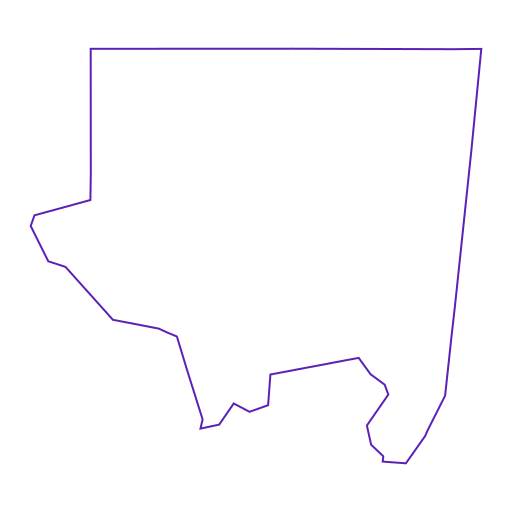 outline of Chesapeake, Virginia, United States of America, rotated 180°
{"feature_id": "52423323B47128133018764", "entity_name": "Chesapeake", "entity_type": "district", "adm_level": 2, "iso_a3": "USA", "parent_name": "United States of America", "parent_adm1": "Virginia", "projection": "natural_earth1", "projection_center": [-76.309, 36.708], "detail": "fine", "context": "isolated", "style": "outline", "palette": "violet", "viewbox_px": 512, "rotation_deg": 180, "n_neighbors": 0, "source": "geoboundaries", "source_scale": "gbopen_adm2", "svg_char_len": 650}
<svg xmlns="http://www.w3.org/2000/svg" viewBox="0 0 512 512"><g transform="rotate(180 256 256)"><path d="M30.7,463.1L58.5,462.8L152.2,463.1L219.3,463.3L421.3,463.2L421.2,338.4L421.6,312.0L477.5,296.7L481.3,286.0L463.7,250.7L446.5,245.1L444.8,243.2L399.1,192.2L353.3,183.4L344.1,179.2L335.1,175.5L325.4,143.5L309.4,92.6L311.5,83.4L292.8,87.4L278.3,108.5L262.5,100.2L243.9,106.8L241.6,137.5L165.8,151.8L153.3,154.1L141.4,137.7L127.3,127.3L123.7,117.4L145.1,86.5L140.9,67.3L128.7,55.7L129.3,50.4L106.1,48.7L86.9,75.9L84.6,81.2L68.3,113.5L66.9,116.3L60.6,174.6L57.0,206.4L40.7,360.9L30.7,463.1Z" fill="none" stroke="#5b21b6" stroke-width="2"/></g></svg>